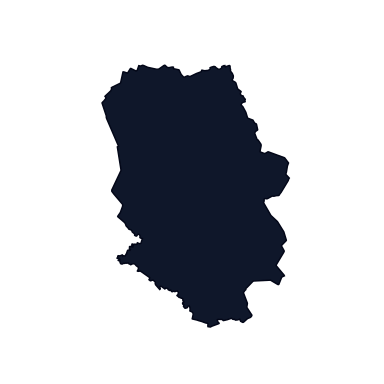 the border of Tomsk, rotated 60°
{"feature_id": "RUS-2167", "entity_name": "Tomsk", "entity_type": "Region", "adm_level": 1, "iso_a3": "RUS", "parent_name": "Russia", "parent_adm1": "", "projection": "orthographic", "projection_center": [83.174, 58.364], "detail": "fine", "context": "isolated", "style": "filled", "palette": "ink", "viewbox_px": 384, "rotation_deg": 60, "n_neighbors": 0, "source": "natural_earth", "source_scale": "10m", "svg_char_len": 5931}
<svg xmlns="http://www.w3.org/2000/svg" viewBox="0 0 384 384"><g transform="rotate(60 192 192)"><path d="M215.1,93.9L215.4,94.2L217.1,96.3L222.0,100.3L223.0,101.4L223.8,101.9L228.6,100.8L229.0,101.6L230.3,103.1L236.9,115.1L237.5,116.7L238.3,118.1L238.3,118.6L238.2,119.1L237.5,120.3L236.6,123.2L235.7,124.4L235.6,125.6L235.5,129.8L235.4,130.3L235.3,130.6L234.3,131.9L234.0,132.7L234.1,132.9L234.5,133.3L235.8,134.0L237.1,135.4L251.8,135.4L260.4,132.8L272.4,132.4L280.9,134.4L281.1,134.6L281.3,135.0L282.8,140.4L283.3,141.3L283.7,141.5L288.9,141.6L289.4,141.8L290.1,142.7L297.0,155.1L297.6,155.8L298.1,155.9L310.1,153.8L310.8,153.9L310.6,156.2L310.7,156.8L311.0,157.4L315.4,163.0L315.4,163.4L314.9,164.0L307.6,168.1L300.0,182.9L299.8,183.8L302.2,192.2L302.3,193.1L302.6,193.5L303.5,194.3L303.7,195.4L304.7,197.5L305.3,197.9L315.8,199.6L316.3,199.8L319.1,202.1L319.8,202.2L328.6,201.7L328.8,201.9L329.5,202.8L329.8,204.2L329.4,207.2L330.4,211.9L330.5,212.5L330.4,213.0L330.1,213.4L328.3,214.5L327.3,214.5L326.4,214.1L326.0,214.2L325.9,214.5L325.7,215.8L325.5,216.6L324.8,218.2L324.4,218.6L323.6,218.7L322.9,220.0L322.5,220.4L321.1,220.9L321.0,221.4L320.2,225.4L319.1,229.0L318.8,229.3L317.7,229.5L317.4,229.7L315.4,233.0L315.2,233.9L315.4,234.1L317.5,234.5L318.3,234.4L319.1,234.1L319.3,234.2L319.4,234.6L319.3,235.3L318.2,241.6L318.1,243.6L316.6,245.5L316.0,245.3L314.0,244.0L313.5,244.2L312.2,245.7L308.8,248.5L307.0,250.3L305.4,251.7L302.1,255.2L301.9,255.2L298.5,252.1L297.1,251.7L296.2,251.8L293.9,253.3L292.8,252.4L291.1,251.6L289.4,251.3L289.0,251.4L288.8,251.9L288.8,252.1L289.0,252.6L289.7,253.6L289.8,254.1L289.7,254.7L289.3,256.0L288.9,256.3L286.9,256.6L285.7,255.4L284.8,256.0L283.6,255.8L283.4,255.6L283.3,255.4L283.6,254.6L282.9,253.9L282.5,253.8L281.8,254.3L280.0,253.4L279.1,253.7L278.6,254.5L278.0,254.7L277.5,255.1L276.8,255.9L275.6,256.2L274.2,256.8L274.0,256.6L273.9,255.8L273.7,255.4L272.3,254.0L270.4,254.2L270.3,254.3L270.2,254.6L269.7,256.7L268.8,257.2L268.6,258.6L268.4,259.1L268.0,259.4L266.3,259.5L266.3,260.2L266.1,260.6L264.8,261.4L264.5,261.5L263.7,261.2L263.4,261.3L262.0,262.7L262.4,263.7L262.4,264.0L258.5,265.7L258.1,266.0L257.8,266.6L257.8,267.0L258.0,267.3L259.8,267.8L260.2,268.2L260.3,268.7L254.1,269.9L252.8,269.6L251.7,268.8L249.2,269.6L248.8,269.9L248.5,270.7L248.3,272.0L248.0,272.5L246.5,273.1L246.2,272.4L245.3,271.8L245.1,271.5L244.2,271.8L234.9,276.1L234.5,276.6L233.7,278.4L233.2,278.8L232.8,278.5L232.3,277.5L232.0,277.1L231.3,276.6L230.5,276.2L230.1,276.2L228.1,277.1L226.1,277.5L225.5,277.8L225.1,278.1L224.5,279.5L224.4,279.9L224.4,281.1L224.3,281.5L223.5,281.8L222.8,282.5L221.7,282.6L221.4,283.0L221.2,283.9L220.4,284.9L220.2,285.9L219.5,287.0L219.5,287.4L219.6,287.9L219.5,288.3L218.9,289.3L218.5,289.5L217.4,289.6L215.7,289.0L215.4,289.1L214.7,289.9L214.4,290.1L214.1,290.0L214.0,289.6L214.4,288.8L214.5,288.3L214.3,288.1L214.0,288.1L212.5,288.8L212.1,289.8L211.9,290.0L211.7,289.9L211.7,289.5L211.6,289.2L210.4,288.3L210.3,288.0L210.4,287.6L210.6,287.2L211.3,286.4L211.6,283.9L213.1,284.1L213.0,282.9L213.9,282.4L214.0,282.3L214.0,282.0L213.9,281.7L212.8,280.1L212.7,279.9L212.9,279.5L212.1,279.0L210.7,277.4L210.4,276.9L210.4,276.3L211.6,275.0L211.6,274.9L211.5,274.6L211.1,274.1L210.2,274.6L209.9,274.6L208.1,273.4L208.1,273.1L208.5,272.7L208.7,272.2L208.5,271.7L208.6,271.4L209.0,271.0L209.7,271.3L210.1,270.8L209.2,269.7L207.9,270.6L207.4,270.3L207.1,269.8L208.6,268.2L208.5,267.6L209.5,266.5L209.8,266.0L209.8,265.7L209.1,265.3L208.7,264.7L210.6,263.2L210.9,262.3L210.8,261.8L207.5,258.2L206.6,259.2L205.7,259.8L205.2,259.8L204.4,259.1L203.7,258.9L202.8,258.9L202.0,259.2L201.7,259.6L201.7,259.9L202.0,261.1L202.4,261.8L202.4,262.0L202.3,262.3L201.8,262.8L200.9,263.3L200.7,263.3L199.8,262.7L199.4,262.7L196.8,263.7L195.6,263.5L194.6,263.7L194.1,263.9L192.9,265.1L192.4,265.3L191.4,265.3L188.4,266.0L185.9,265.5L184.3,265.8L176.4,268.6L175.9,268.5L173.9,264.3L169.7,259.3L168.7,258.6L167.9,258.3L154.7,260.7L151.4,261.1L150.2,260.5L137.8,242.6L115.6,234.1L115.6,232.7L85.6,229.2L84.2,228.8L83.4,228.2L69.9,225.4L69.5,224.5L69.2,223.2L68.1,220.3L67.4,219.4L65.6,219.5L63.8,211.9L62.7,210.2L61.4,209.7L61.3,208.8L61.9,200.4L61.9,199.5L61.6,199.1L53.7,191.9L53.5,191.6L54.0,190.9L56.1,189.0L56.5,188.6L56.7,188.2L56.2,187.2L54.4,183.9L54.3,183.4L54.5,183.1L59.2,180.0L59.3,178.7L56.0,174.9L57.2,173.6L57.5,171.5L58.2,170.7L61.9,168.0L67.8,161.5L68.5,160.3L68.9,159.5L68.9,158.6L68.4,153.1L68.5,152.6L68.6,152.2L69.0,151.9L71.3,151.3L72.3,150.5L72.9,149.5L73.7,147.1L74.3,145.9L74.7,145.7L75.5,146.3L76.1,146.2L79.5,142.4L79.8,142.2L84.8,142.6L88.4,141.8L88.7,141.5L89.0,138.6L89.3,137.6L90.7,136.4L91.0,135.9L91.1,135.4L91.6,128.9L92.4,124.2L92.3,123.7L91.5,122.8L91.4,122.6L91.5,122.4L92.9,120.9L93.3,120.4L94.8,117.1L94.8,116.7L94.7,115.4L94.5,114.7L94.2,114.5L93.4,114.2L93.5,112.9L94.2,110.2L94.8,109.6L95.3,109.2L96.2,109.1L98.7,107.9L99.1,107.4L99.4,106.8L99.6,106.1L99.4,104.3L99.2,104.0L98.6,103.8L98.3,103.4L98.5,101.2L98.7,100.8L98.8,100.8L99.0,100.3L99.8,100.7L100.3,100.7L100.5,100.2L100.5,99.4L101.0,96.9L101.1,96.5L101.4,96.2L102.0,96.1L103.9,97.1L105.0,97.3L106.6,98.2L109.4,97.8L111.9,98.1L112.7,98.5L114.0,99.5L114.8,100.9L115.5,101.3L115.9,101.2L118.5,99.7L119.3,99.5L120.0,99.6L125.5,100.9L129.4,99.3L129.6,99.3L131.0,101.0L131.4,101.2L133.2,101.0L134.2,99.9L134.5,99.7L135.3,100.0L136.0,99.8L136.9,99.9L138.3,99.5L138.6,99.7L139.3,100.6L140.2,100.7L140.4,101.0L140.4,101.3L140.1,101.7L140.0,102.1L139.8,103.9L141.0,106.0L143.6,105.3L149.9,105.5L155.4,106.8L155.8,106.7L156.2,106.6L160.2,103.3L163.7,103.3L164.9,102.4L165.6,102.3L170.9,104.0L171.1,104.2L171.3,106.3L171.4,106.8L172.0,107.8L172.4,108.2L172.8,108.4L179.2,109.4L180.0,108.8L185.2,108.4L186.5,109.0L190.6,112.6L191.1,112.9L191.6,112.7L194.7,110.2L195.0,109.8L195.2,108.8L195.2,106.6L195.2,106.1L195.5,105.7L208.7,94.7L215.1,93.9Z" fill="#0f172a" stroke="#020617" stroke-width="1.5"/></g></svg>